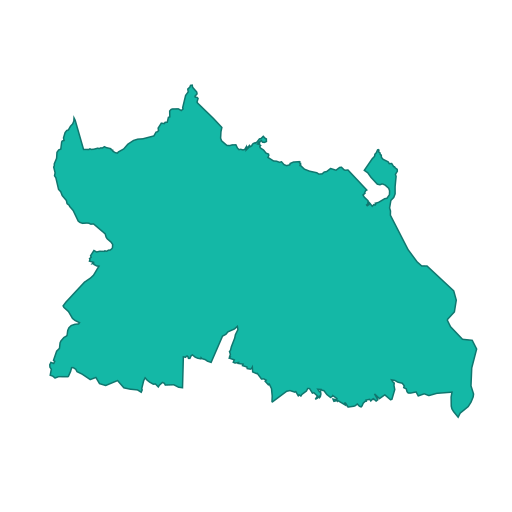 Chilchotla, Puebla, Mexico, rotated 266°
{"feature_id": "50627088B92619426323393", "entity_name": "Chilchotla", "entity_type": "district", "adm_level": 2, "iso_a3": "MEX", "parent_name": "Mexico", "parent_adm1": "Puebla", "projection": "orthographic", "projection_center": [-97.21, 19.256], "detail": "fine", "context": "isolated", "style": "filled", "palette": "teal", "viewbox_px": 512, "rotation_deg": 266, "n_neighbors": 0, "source": "geoboundaries", "source_scale": "gbopen_adm2", "svg_char_len": 6058}
<svg xmlns="http://www.w3.org/2000/svg" viewBox="0 0 512 512"><g transform="rotate(266 256 256)"><path d="M241.9,83.1L223.3,63.2L219.7,60.1L218.1,60.8L213.6,65.1L206.5,68.6L204.3,71.0L201.8,75.3L200.6,74.3L200.5,70.5L199.5,66.8L197.5,64.4L194.9,63.0L190.1,62.0L189.4,61.4L188.1,58.7L184.9,55.5L183.0,54.5L177.6,53.5L175.0,50.5L166.0,46.7L165.0,47.9L162.9,46.7L164.2,44.0L161.9,42.7L159.5,42.7L157.3,43.9L151.4,42.4L150.4,44.8L148.3,47.0L149.4,50.6L148.7,59.9L149.1,60.5L153.6,62.9L157.5,64.3L157.4,65.9L155.6,68.3L153.1,69.4L150.3,74.3L144.3,82.0L146.0,87.8L139.6,91.0L137.3,97.0L141.4,109.2L133.7,115.0L131.9,121.3L130.7,128.4L128.1,132.0L130.3,133.1L131.8,132.8L139.6,135.3L142.2,136.9L139.8,138.7L137.6,141.1L135.3,144.6L135.3,146.8L132.2,149.4L133.9,150.6L136.4,153.9L135.4,155.7L133.6,156.5L133.3,165.0L130.5,169.6L129.7,173.5L160.5,176.5L159.9,178.7L160.8,179.4L161.1,180.3L160.3,181.1L158.6,181.5L158.5,182.9L161.1,184.4L161.8,185.7L159.4,188.2L158.1,190.7L157.3,193.7L158.4,194.1L157.4,194.9L156.2,198.1L154.5,200.2L153.0,203.8L178.4,217.0L180.0,220.5L182.3,222.7L184.7,229.4L187.1,232.5L183.8,232.8L179.0,230.0L175.5,229.0L167.2,225.1L163.5,223.9L162.6,222.9L159.7,223.6L157.3,222.6L157.1,223.2L156.0,222.2L153.9,227.1L151.6,225.9L150.7,227.6L151.0,231.1L150.1,230.7L149.0,235.6L147.6,234.9L145.9,239.2L144.3,239.4L143.5,242.5L143.9,243.5L145.5,244.6L140.6,244.6L138.6,248.5L138.8,249.1L132.9,252.9L132.9,255.2L131.4,257.5L130.4,256.4L126.1,259.8L127.2,259.2L127.4,260.3L122.6,262.2L115.2,262.4L109.6,261.8L109.3,262.2L118.9,277.1L119.4,280.5L117.5,285.2L118.0,286.2L113.6,288.4L114.5,289.3L113.2,291.0L114.7,292.1L117.8,296.9L120.2,298.3L120.2,299.2L120.0,300.2L115.3,302.7L115.6,304.2L112.1,307.5L108.9,305.2L110.3,308.0L111.5,309.3L110.4,309.6L111.3,310.4L113.8,311.1L116.8,310.9L116.1,309.8L118.8,308.3L118.3,311.9L117.4,312.5L117.0,314.3L112.9,317.0L109.7,320.5L110.9,322.7L111.4,322.9L108.2,326.8L107.0,326.1L107.9,322.8L105.6,323.6L106.1,326.5L105.5,327.0L106.2,327.3L101.3,334.4L102.5,334.0L103.2,334.4L103.1,335.0L98.9,337.3L99.3,343.1L99.8,344.7L101.3,346.7L98.9,348.7L98.1,350.3L99.0,351.3L101.7,352.7L103.3,354.6L103.5,355.9L104.6,355.7L105.1,359.4L103.4,360.4L105.1,362.2L104.7,362.7L105.4,363.3L102.9,365.7L104.1,367.5L110.2,364.6L105.1,369.2L108.5,374.8L103.2,380.2L103.6,381.6L113.1,385.1L117.3,384.6L119.6,385.0L120.9,383.7L123.0,382.6L122.2,385.8L120.2,388.8L118.9,393.0L116.2,394.8L114.4,394.2L113.0,396.6L110.1,397.2L108.7,398.3L108.5,400.9L109.2,406.2L105.1,408.1L106.8,414.2L104.7,418.7L106.4,426.8L106.5,442.0L101.7,440.8L92.6,440.3L89.8,440.8L86.9,442.3L81.1,446.4L85.0,448.7L91.0,457.2L95.2,460.3L100.3,462.8L103.1,463.4L111.5,461.4L129.3,463.4L147.8,469.6L156.8,465.8L158.5,456.2L171.9,445.1L178.5,442.4L179.6,442.8L186.4,450.0L198.0,452.7L207.4,450.8L234.1,425.9L234.5,420.6L238.9,416.3L251.8,408.1L287.3,392.9L291.5,393.3L294.6,392.6L302.0,394.4L304.8,397.5L308.3,399.1L315.5,399.6L325.6,401.3L327.8,400.8L330.7,402.9L332.6,402.9L334.1,401.1L335.4,400.4L335.5,399.6L338.8,397.8L338.8,395.4L340.7,394.4L343.6,389.5L345.7,388.0L347.9,388.0L348.7,387.0L350.2,386.9L351.3,385.6L353.1,386.0L353.6,385.4L353.4,384.7L350.6,383.2L349.2,381.7L347.1,381.2L345.0,378.8L333.9,370.0L331.2,373.3L326.4,376.2L319.2,382.0L318.4,384.6L319.1,386.7L318.8,387.8L317.7,389.8L314.3,393.1L311.7,393.8L307.8,393.4L304.4,390.6L304.2,388.4L300.9,381.9L300.3,378.7L299.5,379.1L298.5,378.3L299.0,377.1L297.5,375.4L300.3,373.5L298.4,370.7L298.6,370.2L299.3,369.9L301.2,372.8L302.1,372.1L301.6,371.4L303.3,371.6L307.2,368.1L309.4,367.0L310.9,369.0L311.3,368.7L313.5,369.9L314.1,371.1L335.4,353.7L335.3,351.3L335.7,350.0L338.6,347.4L338.5,345.6L336.0,341.8L338.1,336.5L335.3,332.4L335.0,329.9L333.3,327.7L333.3,324.4L334.8,322.5L336.9,315.3L339.2,310.4L343.0,306.9L344.5,306.9L344.2,306.5L344.8,306.7L346.1,305.9L346.7,306.4L347.1,305.9L347.1,299.9L345.9,296.5L344.6,296.1L344.0,292.8L345.2,290.3L348.2,288.0L347.8,286.0L349.1,283.2L349.6,280.1L353.5,274.8L355.5,275.8L356.8,275.6L357.9,273.2L361.2,270.9L363.6,267.8L365.0,267.4L365.9,268.3L367.0,267.2L367.6,265.4L368.4,266.2L368.0,267.3L368.7,267.6L369.3,266.8L370.7,269.4L369.1,270.4L368.7,272.4L369.5,274.4L372.1,274.5L372.8,273.3L374.9,271.6L372.8,269.2L372.6,267.6L369.5,264.8L368.6,263.1L369.0,262.9L368.4,261.1L367.1,259.7L367.3,259.3L366.9,259.8L366.2,259.4L365.5,258.1L366.8,257.2L365.3,255.9L365.3,254.6L364.9,254.7L364.9,256.5L362.3,253.5L365.4,253.8L363.0,252.1L362.7,250.4L363.5,248.2L363.3,246.4L365.0,245.0L368.3,243.7L368.5,240.0L368.0,237.6L368.3,234.7L373.3,229.7L376.0,228.9L382.4,229.7L386.6,230.9L396.1,223.2L412.5,208.5L413.7,207.9L417.2,209.2L418.3,208.3L418.7,206.5L419.7,206.3L421.8,208.5L423.7,208.3L428.8,204.5L430.9,204.3L430.8,202.6L429.1,201.8L427.3,199.6L424.4,199.8L421.1,197.0L409.1,193.2L407.8,193.5L406.3,191.6L408.2,188.8L408.5,182.7L408.1,181.5L406.6,180.0L400.8,179.7L400.4,178.3L395.6,176.8L395.7,174.7L394.5,173.7L395.1,170.8L390.4,167.3L387.9,167.5L386.8,166.3L386.5,164.9L382.9,162.5L380.8,151.3L380.8,146.2L379.8,141.9L376.5,136.0L372.0,131.5L369.4,125.9L368.3,125.0L368.9,122.8L370.5,120.5L371.5,120.5L372.1,119.0L373.2,118.6L374.6,114.1L375.6,112.4L374.4,110.2L374.7,108.8L374.1,107.0L374.6,105.7L373.8,101.5L373.8,99.0L374.5,97.8L373.9,96.8L374.3,91.4L404.0,85.1L406.4,84.1L403.3,83.7L400.5,82.3L398.4,80.0L394.8,77.6L394.4,76.0L392.5,74.2L387.2,72.2L384.6,72.6L384.3,70.8L383.3,70.1L376.2,68.7L375.6,66.6L373.3,64.7L367.4,63.9L362.0,61.2L360.2,61.1L358.8,60.4L353.0,61.4L350.1,60.6L348.0,61.8L336.2,63.7L333.7,65.7L329.8,66.9L324.6,70.7L321.4,71.2L319.5,73.3L318.5,73.5L314.1,76.8L303.2,81.1L301.8,82.7L300.7,85.2L300.7,89.5L300.4,91.5L299.3,93.4L299.3,96.2L288.6,107.1L285.3,107.8L283.5,108.8L279.8,112.5L277.5,113.8L274.3,113.4L273.4,112.8L272.1,111.0L272.1,109.2L271.1,107.3L271.7,105.6L271.2,105.3L271.6,100.2L271.1,97.3L272.8,94.7L267.8,91.0L266.3,91.5L265.0,89.8L264.3,90.2L262.5,89.5L261.1,93.3L259.8,92.2L260.0,93.6L258.9,93.7L257.2,96.4L256.8,98.6L248.2,92.6L245.5,89.3L241.9,83.1Z" fill="#14b8a6" stroke="#0f766e" stroke-width="1.5"/></g></svg>